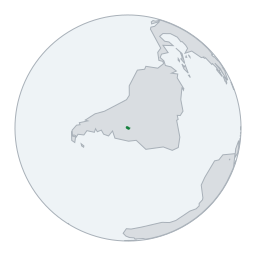 Caazapá on an orthographic globe, rotated 64°
{"feature_id": "PRY-618", "entity_name": "Caazapá", "entity_type": "Department", "adm_level": 1, "iso_a3": "PRY", "parent_name": "Paraguay", "parent_adm1": "", "projection": "orthographic", "projection_center": [-55.918, -26.161], "detail": "fine", "context": "on_globe", "style": "filled", "palette": "green", "viewbox_px": 256, "rotation_deg": 64, "n_neighbors": 0, "source": "natural_earth", "source_scale": "10m", "svg_char_len": 4148}
<svg xmlns="http://www.w3.org/2000/svg" viewBox="0 0 256 256"><g transform="rotate(64 128 128)"><circle cx="128" cy="128" r="113" fill="#eef3f6" stroke="#a8b0b8"/><path d="M91.6,21.4L99.4,19.6L98.3,20.3L99.3,20.8L101.6,19.9L101.6,19.3L106.1,18.0L105.6,17.8L107.3,17.4L108.1,17.1L110.1,16.8L112.0,16.5L115.1,16.2L114.6,16.5L115.9,16.4L119.6,15.9L121.6,16.5L128.2,17.3L128.3,17.7L122.8,18.6L114.9,19.1L107.8,21.5L116.3,19.4L116.4,21.0L118.1,21.2L120.3,21.0L121.8,20.3L122.7,20.9L114.6,22.8L113.7,22.3L116.3,21.6L112.5,22.0L107.1,23.9L107.6,24.8L98.8,27.6L99.1,28.4L97.3,29.7L97.5,28.1L96.9,31.2L86.8,37.0L85.8,44.0L82.5,39.5L78.7,39.9L74.0,41.5L73.7,42.6L67.9,43.9L61.8,48.5L58.4,55.3L59.5,59.4L66.1,57.0L68.6,53.5L73.8,51.3L69.0,60.3L77.8,58.9L76.3,65.5L78.7,68.2L83.4,66.3L88.2,67.0L92.0,62.5L98.0,59.6L97.8,64.9L101.3,59.6L104.5,61.8L116.5,60.7L115.5,61.9L125.6,68.1L137.0,71.2L139.7,75.6L138.2,78.2L142.3,79.2L142.4,80.9L158.9,85.4L167.6,91.4L167.5,98.0L160.5,104.6L155.0,121.3L142.7,126.0L140.1,133.3L131.4,144.2L123.9,143.2L126.6,149.0L122.9,152.6L118.2,152.9L117.9,157.2L114.4,157.5L117.1,160.1L112.4,166.1L114.9,170.7L111.7,175.7L113.4,178.4L111.9,178.5L110.5,179.7L110.7,181.3L105.5,179.2L102.9,173.0L104.0,169.7L101.9,169.4L104.0,161.0L102.1,162.9L100.8,151.4L102.6,141.8L101.9,116.9L99.2,112.5L90.6,108.4L80.1,94.2L82.5,87.3L80.4,84.9L87.3,75.0L85.8,67.9L83.4,67.4L80.8,70.6L73.0,68.1L70.6,63.6L49.0,64.5L47.4,63.2L48.3,59.5L46.1,52.9L44.8,61.1L42.9,60.6L42.4,58.4L43.9,56.7L45.1,52.9L44.2,53.1L46.6,50.1L53.1,43.9L60.0,38.2L67.4,33.0L75.2,28.5L83.3,24.6L91.6,21.4ZM84.7,46.8L94.9,48.7L88.6,50.3L89.9,49.3L87.4,48.2L82.6,47.8L77.2,50.0L84.7,46.8ZM90.4,41.6L88.6,41.6L90.5,41.2L90.4,41.6ZM106.7,17.4L106.4,17.5L106.7,17.4ZM114.5,184.0L106.1,180.2L110.7,181.7L113.0,179.0L117.7,182.2L114.5,184.0ZM121.6,177.0L124.8,175.5L125.8,176.3L123.8,177.5L121.6,177.0ZM199.8,41.2L198.5,40.3L200.9,44.1L198.4,43.1L193.9,40.3L187.8,34.0L194.0,37.0L191.9,35.3L186.1,31.6L188.4,33.0L186.8,31.9L187.1,32.1L199.8,41.2ZM237.3,155.2L235.6,161.0L234.0,162.8L230.8,170.4L229.4,170.7L227.1,174.7L224.2,177.3L220.5,178.5L217.8,173.6L220.2,169.5L222.9,159.7L227.7,138.8L231.2,132.1L232.1,125.6L229.8,108.8L230.5,102.2L229.2,98.2L227.0,97.1L225.2,92.5L223.6,91.3L211.4,87.2L206.0,80.6L195.5,64.6L196.5,60.3L193.7,54.5L198.0,43.0L202.3,45.8L209.4,50.2L210.9,51.8L213.7,55.2L219.8,62.8L224.3,69.5L228.2,76.6L231.7,83.9L234.5,91.5L236.9,99.2L238.7,107.1L239.9,115.1L240.5,123.2L240.6,131.2L240.1,139.3L239.0,147.3L237.3,155.2ZM200.4,49.7L201.3,51.2L200.4,49.7ZM116.9,60.6L118.3,61.5L116.3,61.7L116.9,60.6ZM87.5,52.4L89.7,52.1L90.8,52.6L89.0,53.2L87.5,52.4ZM107.3,49.7L110.0,49.9L107.1,50.5L107.3,49.7ZM96.6,49.0L105.1,49.8L99.3,51.8L94.0,51.5L97.8,50.5L96.6,49.0ZM88.8,44.2L90.2,44.3L89.6,45.1L88.8,44.2ZM91.8,41.3L91.2,41.5L90.6,41.0L91.8,41.3ZM116.9,20.9L117.6,20.8L119.8,20.7L118.5,21.0L116.9,20.9ZM130.8,19.4L131.8,20.4L130.2,19.8L128.7,20.3L123.4,19.8L128.1,17.9L126.9,18.7L130.8,19.4ZM117.6,19.0L120.4,19.2L117.1,19.0L117.6,19.0ZM179.4,27.8L178.0,27.2L175.9,26.1L176.0,26.1L179.4,27.8ZM185.1,30.9L183.4,30.0L183.7,30.1L185.1,30.9ZM182.5,29.4L181.6,29.0L181.6,28.9L182.5,29.4ZM120.2,15.6L120.3,15.6L119.4,15.7L120.2,15.6ZM117.3,15.9L118.6,15.8L115.9,16.0L117.3,15.9ZM139.9,16.0L139.7,16.0L140.2,16.2L135.3,15.7L131.7,15.4L139.9,16.0ZM206.0,46.7L207.5,48.2L206.7,47.5L204.5,45.3L204.7,45.5L206.0,46.7ZM187.3,223.8L187.8,223.4L188.4,223.1L187.3,223.8ZM227.6,180.5L227.5,180.8L228.6,178.5L231.1,173.3L232.9,169.0L227.6,180.5Z" fill="#d9dde1" stroke="#a8b0b8" stroke-width="1"/><path d="M128.6,127.0L128.7,126.9L128.8,126.8L128.9,127.0L128.7,127.3L128.7,127.5L128.8,127.7L129.0,127.7L129.2,127.8L129.1,128.0L128.9,128.1L128.8,128.3L128.6,128.3L128.4,128.3L128.3,128.5L128.2,128.5L127.9,128.7L127.8,128.8L127.7,128.9L127.7,129.0L127.3,129.1L127.1,129.2L126.9,129.1L126.7,129.0L126.6,128.9L126.5,128.7L126.6,128.4L126.7,128.2L126.8,128.1L127.0,128.0L127.0,127.9L127.2,127.7L127.3,127.7L127.5,127.7L127.5,127.8L127.7,127.7L127.8,127.5L127.9,127.4L128.0,127.4L128.3,127.3L128.3,127.2L128.5,127.1L128.6,127.0Z" fill="#22c55e" stroke="#15803d" stroke-width="1.5"/></g></svg>